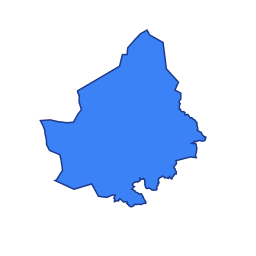 Kynousa, Paphos, Cyprus (Natural Earth projection), rotated 311°
{"feature_id": "46923920B40199798035412", "entity_name": "Kynousa", "entity_type": "district", "adm_level": 2, "iso_a3": "CYP", "parent_name": "Cyprus", "parent_adm1": "Paphos", "projection": "natural_earth1", "projection_center": [32.509, 35.034], "detail": "fine", "context": "isolated", "style": "filled", "palette": "blue", "viewbox_px": 256, "rotation_deg": 311, "n_neighbors": 0, "source": "geoboundaries", "source_scale": "gbopen_adm2", "svg_char_len": 2991}
<svg xmlns="http://www.w3.org/2000/svg" viewBox="0 0 256 256"><g transform="rotate(311 128 128)"><path d="M214.4,78.2L207.4,75.6L200.0,75.3L188.3,75.2L182.8,79.1L179.7,75.6L169.1,81.1L123.0,65.6L121.9,66.7L120.2,70.1L115.5,74.1L111.3,80.8L106.0,81.1L96.5,83.0L91.8,78.3L87.0,71.2L83.2,64.1L76.1,57.0L74.1,62.1L71.9,66.4L69.4,69.0L65.7,74.0L62.0,77.5L59.6,83.5L63.1,94.0L60.1,98.4L53.2,106.3L41.9,108.1L40.5,107.4L46.4,127.5L62.0,137.3L57.1,150.5L61.7,157.5L67.1,160.2L68.9,162.3L65.8,163.4L65.5,164.8L63.8,165.8L63.5,166.1L63.9,166.4L64.5,166.8L65.3,166.7L66.1,167.6L66.4,168.1L66.6,168.6L67.2,168.6L67.8,168.5L68.6,168.0L68.8,168.0L69.4,168.5L69.3,169.7L69.4,171.6L69.2,172.3L69.4,173.5L71.3,175.1L71.6,176.1L71.2,176.5L70.3,176.5L70.2,177.2L70.1,177.9L70.7,178.9L70.0,179.5L70.1,180.0L70.3,181.7L70.4,181.9L71.2,182.5L73.4,183.4L74.2,183.0L74.8,183.1L75.4,183.9L75.8,184.6L77.1,185.7L77.9,186.7L78.8,188.0L79.5,188.4L81.7,189.4L82.7,190.8L83.2,190.7L83.4,190.3L83.7,190.1L84.0,189.6L84.1,188.8L84.4,188.5L84.5,188.4L84.4,187.8L84.5,187.4L85.1,186.3L85.4,185.3L85.9,184.9L86.1,184.1L87.1,181.1L85.3,179.6L85.5,178.0L84.7,176.0L85.1,174.0L84.7,173.3L84.7,172.2L84.3,170.9L85.8,171.1L87.8,171.2L87.5,170.8L87.5,169.9L88.2,169.2L88.4,168.3L90.7,168.2L93.6,170.1L93.5,170.8L94.9,171.2L95.5,171.5L96.8,171.4L97.9,169.6L98.0,169.7L98.0,171.6L98.6,172.4L99.2,173.0L100.1,172.9L100.1,174.2L97.7,176.6L97.6,177.2L96.4,177.7L94.8,180.3L94.5,181.5L95.4,182.7L96.6,183.2L96.8,184.6L96.9,185.6L96.9,186.7L97.7,188.0L98.4,188.6L99.9,190.1L100.9,190.0L101.6,189.1L101.9,188.6L102.4,188.2L102.9,188.2L104.1,188.2L104.6,188.1L105.6,187.0L106.2,187.5L106.6,187.0L106.8,187.2L107.3,187.1L108.2,185.2L110.1,184.4L110.5,184.7L111.7,184.6L112.5,185.2L114.3,185.5L114.7,187.0L114.4,188.5L115.1,188.7L115.8,189.8L116.5,191.7L118.6,191.3L118.1,193.2L118.3,194.5L118.7,194.4L119.3,194.1L120.8,193.9L122.1,193.7L122.9,193.4L123.2,193.7L124.4,193.6L124.8,194.5L126.1,193.7L126.7,193.2L127.1,191.4L128.1,190.1L127.9,189.6L128.4,188.4L130.5,187.9L131.7,188.0L132.4,188.0L133.4,187.6L134.2,186.6L134.9,185.7L147.1,194.1L150.4,199.0L151.6,196.8L152.8,196.2L154.8,195.4L156.1,194.3L157.7,193.5L159.0,191.6L160.0,190.7L160.7,189.2L159.6,188.2L159.2,187.5L158.6,187.0L158.2,186.0L158.9,186.2L159.6,186.8L161.2,187.2L161.9,187.1L162.4,188.3L165.6,190.1L166.5,192.2L168.0,193.8L169.8,194.1L170.7,193.3L171.4,193.3L171.1,192.4L171.2,191.8L171.9,192.0L171.6,191.4L171.5,188.9L172.7,186.1L171.6,181.9L172.5,181.7L173.9,180.3L174.6,179.2L175.5,178.3L175.9,177.3L176.9,177.0L177.3,176.1L177.5,174.8L177.9,172.9L177.3,171.4L177.7,170.0L177.4,169.1L176.4,168.4L176.9,166.8L177.3,165.2L177.4,164.1L176.5,163.3L175.3,162.9L175.6,161.5L176.9,161.1L176.9,159.3L176.2,158.7L175.5,157.4L175.9,155.8L176.6,155.2L175.9,154.3L178.7,152.0L180.0,151.7L180.6,151.5L180.7,149.8L182.0,149.0L184.6,148.8L188.9,145.0L187.5,138.5L195.7,136.0L197.8,118.1L215.5,98.4L212.4,83.2L214.4,78.2Z" fill="#3b82f6" stroke="#1e3a8a" stroke-width="1.5"/></g></svg>